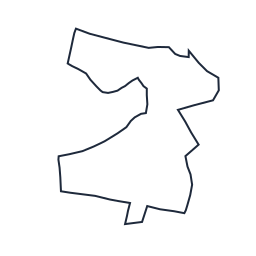 Qalat Saleh, Maysan, Iraq, rotated 108°
{"feature_id": "34846034B15043886970359", "entity_name": "Qalat Saleh", "entity_type": "district", "adm_level": 2, "iso_a3": "IRQ", "parent_name": "Iraq", "parent_adm1": "Maysan", "projection": "orthographic", "projection_center": [47.323, 31.48], "detail": "fine", "context": "isolated", "style": "outline", "palette": "slate", "viewbox_px": 256, "rotation_deg": 108, "n_neighbors": 0, "source": "geoboundaries", "source_scale": "gbopen_adm2", "svg_char_len": 1129}
<svg xmlns="http://www.w3.org/2000/svg" viewBox="0 0 256 256"><g transform="rotate(108 128 128)"><path d="M64.1,53.3L52.3,57.6L49.5,70.4L44.2,80.8L35.7,94.1L41.8,92.2L43.4,100.8L43.0,106.0L38.5,114.1L41.7,124.6L45.4,133.1L48.2,158.8L49.0,172.6L50.2,193.5L49.6,208.2L54.2,208.4L61.5,207.7L68.8,206.9L85.3,205.3L86.4,200.2L87.3,193.5L89.1,184.7L93.7,178.7L98.1,171.0L100.8,165.8L101.7,163.2L100.8,157.8L98.4,153.6L95.7,149.5L91.7,146.4L89.1,143.8L85.1,141.2L81.4,138.4L77.2,134.2L78.7,132.7L81.2,129.0L83.4,126.2L84.7,122.3L90.9,120.3L99.5,116.9L108.3,115.6L110.5,120.0L115.8,124.9L120.4,127.5L127.7,129.8L136.3,136.3L147.8,146.1L151.3,149.7L156.2,154.9L164.1,164.2L169.6,173.3L171.0,175.6L176.3,185.2L179.6,184.4L186.9,180.8L195.9,177.1L208.9,172.2L207.4,162.9L202.7,138.3L201.6,123.1L200.5,114.8L198.7,102.9L206.9,102.4L211.9,101.8L220.3,101.1L213.0,85.6L207.7,85.6L196.3,85.6L195.4,72.4L192.9,58.4L191.6,48.1L188.4,47.6L183.1,47.7L172.6,48.1L162.1,49.5L152.8,54.2L146.3,59.5L137.0,64.7L122.0,55.7L112.7,66.6L104.2,75.6L95.3,86.1L86.0,72.3L77.5,59.0L75.4,55.7L64.1,53.3Z" fill="none" stroke="#1e293b" stroke-width="2"/></g></svg>